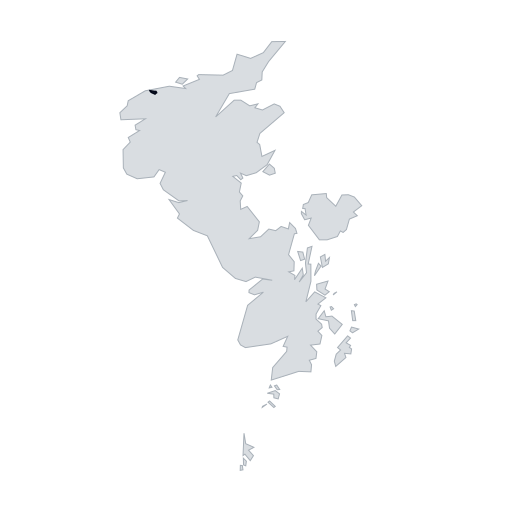 where Brighton and Hove sits in United Kingdom, rotated 169°
{"feature_id": "GBR-2674", "entity_name": "Brighton and Hove", "entity_type": "Unitary Authority", "adm_level": 1, "iso_a3": "GBR", "parent_name": "United Kingdom", "parent_adm1": "", "projection": "albers", "projection_center": [-0.128, 50.838], "detail": "fine", "context": "in_parent", "style": "filled", "palette": "ink", "viewbox_px": 512, "rotation_deg": 169, "n_neighbors": 0, "source": "natural_earth", "source_scale": "10m", "svg_char_len": 4064}
<svg xmlns="http://www.w3.org/2000/svg" viewBox="0 0 512 512"><g transform="rotate(169 256 256)"><path d="M269.1,400.2L247.7,413.1L241.2,411.9L233.5,404.6L225.1,405.0L228.8,401.7L221.8,398.1L209.1,401.8L203.9,398.4L201.0,391.3L228.8,375.6L233.3,367.4L231.1,364.7L231.2,352.6L217.2,356.1L227.7,343.5L239.9,337.7L250.2,336.7L255.4,340.3L254.0,335.0L256.4,333.8L259.6,338.7L263.6,338.6L256.6,330.4L260.1,322.0L257.5,317.5L261.0,313.1L262.1,304.7L255.2,306.3L246.2,288.9L249.5,280.9L259.4,274.3L247.8,274.0L238.3,280.0L231.8,277.1L225.7,280.2L219.1,276.4L216.6,282.4L212.0,275.5L211.5,270.4L214.1,270.5L223.8,251.1L219.6,243.1L221.6,234.2L226.9,234.2L221.5,229.5L222.7,225.4L212.9,235.2L213.2,228.4L218.6,222.2L209.6,229.9L208.8,239.6L204.0,254.1L199.2,254.8L206.3,238.2L203.7,237.5L206.9,220.7L215.8,201.5L205.2,209.6L195.4,201.6L204.4,197.0L201.8,194.9L208.1,187.6L209.1,182.6L204.6,176.5L204.7,173.1L209.6,170.4L206.5,165.4L210.0,157.4L219.5,158.1L214.6,150.4L216.7,144.0L223.6,143.5L222.2,138.7L224.2,131.8L236.1,134.6L264.7,131.3L260.9,143.3L244.1,156.5L242.9,160.6L246.6,162.1L240.2,171.1L258.2,166.9L283.9,168.1L288.2,171.7L289.9,177.1L273.6,209.2L255.6,219.1L264.9,218.2L269.9,221.4L269.3,223.9L253.9,232.1L244.7,229.1L260.7,235.4L270.7,232.8L280.5,237.9L291.0,251.2L299.9,285.1L312.6,293.1L325.9,308.2L323.1,311.9L330.6,328.0L321.6,323.1L312.6,323.5L321.1,324.8L334.3,338.7L336.3,345.6L329.0,355.5L334.6,359.3L341.1,353.1L357.9,354.5L367.2,361.0L369.4,367.8L366.2,385.8L357.7,391.8L358.8,396.7L346.3,401.4L349.8,402.9L349.7,407.5L338.4,411.8L362.6,415.5L362.3,422.6L353.8,428.0L351.8,432.8L333.2,439.3L308.7,439.2L293.1,433.8L295.1,436.8L277.8,440.2L279.4,444.1L277.6,445.0L253.8,439.8L243.7,442.6L236.1,457.7L223.6,451.0L210.0,454.2L199.6,463.4L186.3,461.0L206.5,444.5L214.8,435.5L216.7,427.7L222.4,426.1L225.4,420.0L251.2,420.5L269.1,400.2ZM189.6,305.4L175.1,303.9L175.5,299.8L168.2,289.6L160.0,299.5L153.6,298.5L148.2,295.1L142.6,285.2L152.0,280.6L148.9,276.2L157.3,274.4L162.2,264.7L166.0,262.5L168.4,264.5L172.4,259.6L183.1,258.3L190.7,259.8L198.7,276.1L194.6,282.7L201.3,282.3L203.4,288.9L202.9,291.1L199.0,286.6L198.8,293.2L201.1,293.7L199.7,297.5L194.5,298.5L189.6,305.4ZM199.2,137.8L196.0,144.3L190.9,147.6L193.4,150.6L181.3,160.1L178.9,157.4L184.1,153.6L180.2,150.2L181.8,148.5L179.9,146.5L181.6,141.8L187.7,143.6L187.1,139.2L198.8,132.4L199.2,137.8ZM197.6,171.1L197.2,178.5L206.9,182.6L199.5,189.2L199.0,183.0L192.9,182.5L184.4,172.4L193.6,164.4L197.6,171.1ZM300.7,56.2L304.7,63.6L306.8,62.6L301.6,84.3L301.9,73.7L294.6,68.6L300.4,66.8L296.6,60.5L300.7,56.2ZM201.9,216.7L190.1,217.7L194.5,210.4L190.9,207.0L195.8,204.4L202.7,211.0L201.9,216.7ZM227.3,332.8L233.2,337.5L225.3,343.7L221.3,338.6L221.3,333.6L227.3,332.8ZM193.0,232.1L193.0,242.8L188.1,244.4L188.7,237.6L184.2,240.5L186.5,234.5L193.0,232.1ZM265.5,113.4L264.9,117.0L271.1,119.1L262.8,120.2L259.2,116.2L261.5,111.5L265.5,113.4ZM214.2,252.5L209.3,250.9L208.9,243.6L213.1,243.0L214.2,252.5ZM301.7,442.0L297.0,445.9L289.3,442.8L295.6,438.7L301.7,442.0ZM196.1,236.9L194.1,233.7L202.4,225.5L200.5,229.8L196.1,236.9ZM175.9,162.2L178.1,164.6L175.8,168.0L169.1,164.7L175.9,162.2ZM172.8,184.1L170.1,183.2L170.4,173.5L173.4,174.1L172.8,184.1ZM307.0,59.9L304.6,56.4L306.1,52.0L308.1,53.3L307.0,59.9ZM272.1,110.2L270.3,111.1L265.8,104.7L267.4,103.9L272.1,110.2ZM262.7,125.0L260.3,125.4L258.2,120.4L260.7,120.7L262.7,125.0ZM312.4,48.6L311.3,53.5L309.4,52.9L309.6,48.6L312.4,48.6ZM278.3,107.2L273.5,108.6L278.8,106.2L278.3,107.2ZM193.0,191.8L191.6,192.0L189.9,189.4L192.4,188.4L193.0,191.8ZM268.2,124.0L266.5,126.6L265.4,124.1L268.2,124.0ZM186.5,204.4L183.4,205.4L187.7,203.0L186.5,204.4ZM168.7,189.5L166.8,189.9L166.0,189.0L168.1,187.4L168.7,189.5Z" fill="#d9dde1" stroke="#a8b0b8" stroke-width="1"/><path d="M328.5,438.5L323.8,436.8L323.0,436.7L322.9,436.7L322.4,435.7L322.4,435.2L322.8,435.0L323.6,435.1L323.8,434.6L324.1,434.3L324.3,434.3L324.6,434.7L324.9,434.8L324.9,434.7L325.7,435.3L326.8,436.0L327.8,436.9L328.4,438.0L328.5,438.5Z" fill="#0f172a" stroke="#020617" stroke-width="1.5"/></g></svg>